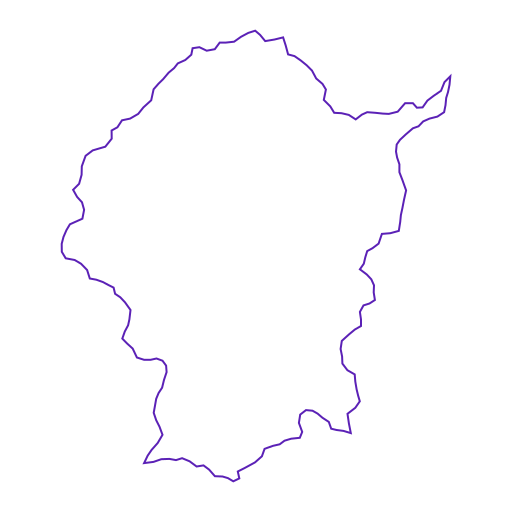 the district of Carvalhos, Minas Gerais, Brazil
{"feature_id": "56859067B78944431243735", "entity_name": "Carvalhos", "entity_type": "district", "adm_level": 2, "iso_a3": "BRA", "parent_name": "Brazil", "parent_adm1": "Minas Gerais", "projection": "albers", "projection_center": [-44.48, -22.028], "detail": "fine", "context": "isolated", "style": "outline", "palette": "violet", "viewbox_px": 512, "rotation_deg": 0, "n_neighbors": 0, "source": "geoboundaries", "source_scale": "gbopen_adm2", "svg_char_len": 2597}
<svg xmlns="http://www.w3.org/2000/svg" viewBox="0 0 512 512"><path d="M144.1,463.1L153.5,461.9L161.3,459.2L169.4,458.9L176.0,460.1L182.1,458.2L189.6,461.3L196.6,466.5L203.5,465.4L209.1,469.6L214.9,476.2L222.5,476.5L227.9,478.1L233.3,481.3L239.3,478.4L237.8,471.5L244.7,468.0L255.0,462.4L261.9,456.3L264.6,448.8L273.1,445.8L279.7,444.3L284.5,440.7L291.2,438.7L299.8,437.8L302.2,431.9L298.9,422.9L300.2,414.6L306.0,410.1L312.5,410.7L317.6,413.6L322.4,417.7L328.8,421.9L331.2,428.7L336.6,430.0L343.5,430.9L350.8,433.1L348.9,423.4L347.5,413.8L355.3,407.8L359.8,401.3L358.1,395.5L356.6,389.3L355.3,381.6L354.7,374.4L347.4,370.2L342.4,363.6L342.1,356.5L340.6,349.0L341.8,340.9L349.1,334.3L354.9,329.5L361.0,326.0L361.0,319.5L359.9,311.9L363.5,305.4L369.5,303.5L374.9,300.0L373.7,292.4L374.0,285.3L371.3,279.3L366.8,274.5L359.9,269.3L363.8,263.7L365.3,257.3L367.2,251.1L372.5,248.2L378.6,243.6L381.9,233.9L390.3,233.2L398.8,230.9L400.2,222.0L400.9,215.0L402.4,208.1L404.0,199.8L406.1,190.4L402.4,180.0L399.4,172.2L399.4,164.3L397.1,157.5L396.0,151.6L396.7,144.5L400.0,139.8L405.8,134.4L412.9,128.3L418.5,126.3L423.2,121.4L429.5,118.6L437.4,116.6L444.1,112.2L445.5,105.2L446.2,97.9L448.0,92.1L449.5,84.8L450.3,76.3L444.5,82.1L441.0,90.8L433.7,95.8L427.4,100.6L422.6,107.4L416.9,107.7L412.9,103.2L405.1,103.2L397.7,111.7L388.8,113.9L382.9,113.6L375.3,112.8L367.2,112.2L361.9,114.6L355.7,119.4L348.8,114.9L341.5,113.2L334.2,112.8L330.3,106.4L323.8,99.9L325.9,89.5L322.5,83.9L316.2,78.5L312.0,70.6L306.6,65.2L300.8,60.5L294.5,56.1L288.1,54.4L285.7,45.5L283.1,37.4L274.6,39.5L265.2,41.1L260.1,34.9L255.2,30.7L248.3,32.9L241.0,36.8L234.1,41.7L225.7,42.6L219.7,42.6L214.8,49.2L206.7,50.7L199.4,47.2L192.6,48.2L191.3,54.7L185.3,60.0L177.8,63.4L174.1,68.1L168.6,72.7L163.2,79.1L158.5,83.7L153.6,89.3L151.2,100.3L143.4,107.4L138.2,113.9L130.1,118.6L122.0,120.3L117.4,127.3L111.6,130.5L111.7,138.7L105.3,146.7L99.1,148.5L92.7,150.4L85.6,155.8L81.8,166.3L81.6,174.8L79.1,183.8L73.1,189.8L77.1,196.9L82.0,202.3L84.1,209.8L82.4,218.7L75.0,222.0L69.9,224.3L66.5,230.0L63.5,236.9L61.7,243.8L61.8,251.8L65.7,258.3L74.7,260.0L81.1,263.8L87.1,270.0L89.8,278.5L96.3,279.7L102.8,282.0L108.2,284.9L113.6,287.6L115.1,293.8L120.3,297.3L125.0,302.3L130.5,310.0L129.4,319.4L128.1,325.3L124.8,331.5L122.3,338.6L127.1,343.5L132.7,348.6L136.9,357.5L144.1,359.8L150.6,359.8L156.5,358.5L162.5,360.7L166.1,365.6L166.6,372.1L164.0,379.9L162.1,387.7L158.6,393.0L156.2,398.8L154.9,406.2L153.7,412.8L156.2,420.2L159.5,426.7L162.5,434.8L157.7,443.0L151.6,449.9L147.7,455.6L144.1,463.1Z" fill="none" stroke="#5b21b6" stroke-width="2"/></svg>